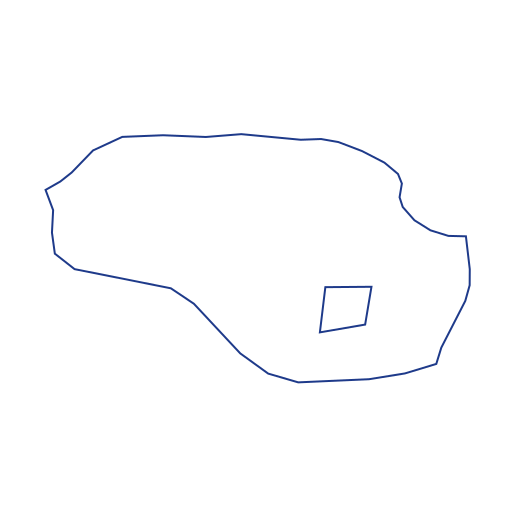 Benguet, Mercator projection, rotated 275°
{"feature_id": "PHL-2559", "entity_name": "Benguet", "entity_type": "Province", "adm_level": 1, "iso_a3": "PHL", "parent_name": "Philippines", "parent_adm1": "", "projection": "mercator", "projection_center": [120.715, 16.554], "detail": "fine", "context": "isolated", "style": "outline", "palette": "blue", "viewbox_px": 512, "rotation_deg": 275, "n_neighbors": 0, "source": "natural_earth", "source_scale": "10m", "svg_char_len": 675}
<svg xmlns="http://www.w3.org/2000/svg" viewBox="0 0 512 512"><g transform="rotate(275 256 256)"><path d="M164.2,445.0L152.0,414.6L143.1,379.3L133.8,309.1L139.9,278.4L157.6,248.8L203.0,198.3L216.4,174.0L227.1,76.4L240.8,55.4L261.5,50.7L284.0,49.9L303.5,40.6L313.1,54.5L323.1,65.1L347.0,84.5L363.0,112.4L368.2,152.9L370.2,195.7L376.1,230.7L375.7,290.4L378.2,310.6L376.7,328.1L369.8,352.4L360.2,375.8L350.1,390.3L340.9,395.0L327.0,393.9L317.6,397.9L305.4,410.7L296.8,427.5L292.8,445.9L293.9,463.4L261.5,470.1L245.5,471.4L229.5,468.4L180.9,448.6L164.2,445.0ZM235.4,373.7L231.0,327.8L185.5,326.3L197.2,370.7L235.4,373.7Z" fill="none" stroke="#1e3a8a" stroke-width="2"/></g></svg>